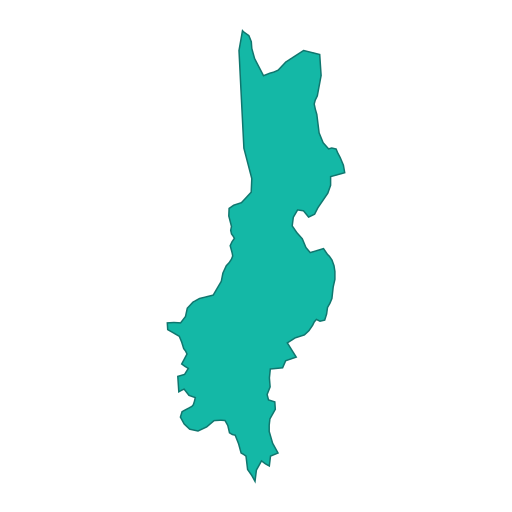 the border of Badulla
{"feature_id": "LKA-2467", "entity_name": "Badulla", "entity_type": "District", "adm_level": 1, "iso_a3": "LKA", "parent_name": "Sri Lanka", "parent_adm1": "", "projection": "natural_earth1", "projection_center": [81.038, 7.079], "detail": "fine", "context": "isolated", "style": "filled", "palette": "teal", "viewbox_px": 512, "rotation_deg": 0, "n_neighbors": 0, "source": "natural_earth", "source_scale": "10m", "svg_char_len": 1963}
<svg xmlns="http://www.w3.org/2000/svg" viewBox="0 0 512 512"><path d="M344.7,172.7L330.6,176.6L330.6,185.3L327.8,193.2L317.9,207.7L314.6,214.2L308.6,217.1L303.5,210.8L297.6,209.9L293.3,217.3L292.2,225.9L296.8,232.6L302.3,238.8L305.9,247.5L310.2,252.6L323.5,248.6L327.4,254.3L329.4,256.3L332.0,260.1L334.0,265.7L334.9,271.5L334.9,279.4L333.2,286.9L331.9,298.5L330.0,303.1L327.5,307.5L326.6,314.0L324.7,320.1L320.0,321.2L316.4,319.4L314.2,322.0L312.6,325.3L308.9,330.7L304.4,334.9L295.1,337.9L287.3,342.9L296.2,357.1L285.7,360.7L282.6,367.8L270.3,369.0L269.4,377.9L270.1,386.9L267.1,394.5L268.5,399.9L274.8,401.9L275.3,409.3L269.9,418.9L269.2,425.1L269.2,431.5L272.6,443.2L278.0,453.0L270.5,456.1L269.3,466.0L265.4,463.8L261.5,460.9L256.4,470.1L255.0,481.3L251.8,475.5L247.6,469.5L246.0,456.1L243.6,454.4L241.1,453.0L238.6,443.8L235.2,435.2L232.3,434.5L229.5,432.8L227.8,425.5L225.0,420.5L220.7,420.2L214.1,420.6L206.7,426.9L198.0,431.0L189.7,429.2L184.2,424.0L180.4,417.1L182.1,411.6L191.9,406.4L193.3,404.8L194.4,401.5L195.3,397.6L189.0,395.4L184.1,389.1L181.5,390.3L178.8,391.8L177.8,376.4L184.6,374.4L188.3,368.4L185.0,366.4L181.7,364.0L187.0,354.0L185.6,351.1L183.7,348.6L181.7,342.1L179.3,336.3L167.7,329.6L167.3,322.9L173.9,322.5L180.6,322.9L185.5,316.5L187.3,308.2L193.0,302.1L199.5,298.5L213.2,295.1L221.3,281.3L222.9,273.1L226.3,265.7L229.2,262.6L231.5,259.1L232.7,256.0L232.2,253.1L230.2,245.7L232.0,241.8L234.4,238.3L233.1,236.1L231.5,233.9L230.7,230.3L231.5,226.5L228.8,216.0L229.1,208.4L233.7,205.2L241.4,202.7L251.2,192.2L251.8,178.6L243.9,148.2L240.7,84.8L239.0,50.5L242.5,30.7L243.5,31.8L248.9,35.7L251.3,41.7L251.8,48.5L254.6,58.6L263.5,75.7L270.1,73.1L273.8,72.1L278.1,70.2L285.8,62.0L303.6,50.5L319.7,54.5L321.1,75.5L317.3,95.9L315.2,100.2L314.2,104.0L315.3,109.2L316.8,114.4L319.1,132.9L323.1,142.7L328.6,148.9L331.7,148.0L336.1,149.0L337.6,152.7L340.2,157.6L343.4,165.2L344.7,172.7Z" fill="#14b8a6" stroke="#0f766e" stroke-width="1.5"/></svg>